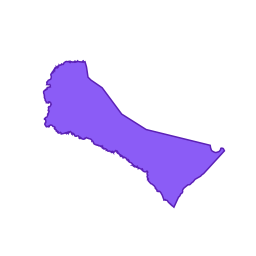 Mbadjini Est, Andjazîdja, Comoros, rotated 145°
{"feature_id": "10938185B84550121750878", "entity_name": "Mbadjini Est", "entity_type": "district", "adm_level": 2, "iso_a3": "COM", "parent_name": "Comoros", "parent_adm1": "Andjazîdja", "projection": "mercator", "projection_center": [43.472, -11.838], "detail": "fine", "context": "isolated", "style": "filled", "palette": "violet", "viewbox_px": 256, "rotation_deg": 145, "n_neighbors": 0, "source": "geoboundaries", "source_scale": "gbopen_adm2", "svg_char_len": 5922}
<svg xmlns="http://www.w3.org/2000/svg" viewBox="0 0 256 256"><g transform="rotate(145 128 128)"><path d="M70.6,66.7L114.0,116.3L125.2,143.0L126.1,175.8L130.9,188.6L131.6,192.6L127.0,201.8L125.2,207.0L126.7,207.5L127.1,207.9L126.7,208.3L127.2,208.3L127.0,208.6L127.7,208.5L128.5,209.0L129.6,210.0L130.0,210.2L130.6,211.2L131.3,211.3L131.4,211.5L131.2,211.8L132.0,211.7L132.5,212.0L132.7,212.4L133.0,211.9L133.2,212.0L133.1,212.5L133.7,212.5L133.6,213.0L134.1,212.8L134.2,213.1L134.4,213.1L134.8,213.4L135.2,213.4L135.2,213.7L136.0,214.1L136.1,214.5L137.0,215.3L137.2,215.1L137.2,215.7L137.7,215.5L137.9,216.1L138.3,215.7L138.5,216.4L140.0,217.4L140.2,217.8L141.0,218.1L142.8,218.1L143.3,218.0L143.9,217.5L144.7,217.3L145.0,217.8L145.6,218.2L145.7,218.5L146.0,218.4L146.1,218.0L146.3,218.1L146.6,218.1L146.7,218.3L147.5,218.3L148.2,218.9L148.5,218.8L148.5,219.0L148.8,218.7L149.4,218.9L149.9,218.4L150.2,218.5L150.6,217.8L151.2,217.7L151.7,218.3L151.2,218.8L151.8,218.8L151.8,219.1L152.1,218.7L152.3,219.0L153.0,219.2L153.8,218.9L153.5,218.4L154.7,218.2L155.1,217.6L155.1,217.2L155.3,217.0L155.3,217.6L154.9,218.6L155.3,218.1L156.3,217.8L157.1,217.3L157.8,217.3L158.2,216.9L157.1,216.9L157.2,216.7L157.7,216.8L158.0,216.4L158.9,216.8L159.2,216.5L159.6,216.5L160.4,216.2L160.8,215.7L161.1,214.5L162.2,213.1L163.4,212.3L165.9,212.8L167.3,212.2L167.8,212.3L168.6,211.7L168.6,211.1L169.7,210.2L169.1,209.9L168.8,209.4L168.3,209.0L167.1,208.5L167.2,207.4L167.7,206.9L168.0,206.2L168.6,206.6L169.0,206.8L169.4,206.6L170.0,207.1L170.7,207.0L170.7,207.4L170.9,207.5L171.8,206.9L172.1,206.2L172.6,206.2L173.2,206.8L174.0,206.3L174.4,206.7L175.9,206.4L175.9,206.2L176.4,206.0L177.0,205.1L177.7,202.7L178.2,202.4L178.5,201.4L179.1,200.9L179.4,199.0L180.0,198.1L179.9,196.1L180.4,195.6L178.7,194.0L178.3,194.0L177.9,194.3L177.9,194.8L177.2,194.4L176.9,193.1L177.3,191.4L177.8,191.4L178.2,190.9L179.7,190.3L180.5,190.9L181.4,190.6L181.5,190.0L182.4,188.9L183.4,188.0L182.9,187.1L185.2,185.5L185.7,185.6L185.9,185.5L185.8,184.9L187.8,183.6L188.5,183.5L189.2,183.8L191.1,183.5L191.4,183.0L190.7,182.4L191.4,180.7L192.4,179.5L193.2,179.6L194.1,178.6L194.2,176.0L193.9,175.6L193.6,175.7L192.8,175.1L192.4,175.1L192.2,174.3L191.7,174.3L191.2,175.0L189.5,174.8L188.6,173.6L188.6,172.3L187.7,171.5L187.4,170.6L187.6,170.2L188.0,170.4L188.6,169.9L188.5,168.6L187.9,168.2L188.1,167.1L188.5,166.9L188.5,166.5L188.0,166.6L187.4,165.2L188.1,164.8L188.1,164.2L187.9,163.8L186.9,163.2L186.5,163.0L185.9,163.2L185.7,162.8L185.8,162.0L186.1,161.4L183.6,160.3L181.5,159.8L181.4,159.6L181.6,159.4L181.2,159.3L181.3,158.8L180.7,159.1L180.6,158.5L180.0,158.6L180.0,158.1L179.6,158.6L179.5,158.0L179.0,158.0L179.0,158.3L178.6,158.3L178.4,158.6L178.2,158.3L177.9,158.4L177.1,158.1L177.2,157.1L176.9,156.5L177.3,156.2L177.1,155.6L177.4,155.2L176.9,155.0L176.3,155.3L176.0,155.0L176.3,154.6L176.0,154.7L175.6,153.5L175.9,153.1L176.0,151.6L174.9,150.8L174.4,150.9L173.2,150.0L173.0,148.3L173.1,148.2L173.3,148.5L173.8,148.0L173.7,147.2L173.1,146.8L172.3,147.3L171.9,145.4L170.7,144.2L169.7,143.9L169.4,143.9L169.3,144.3L168.9,144.3L168.4,143.9L167.5,144.0L167.0,142.9L166.3,142.2L166.3,141.9L164.9,140.3L164.6,138.5L165.0,138.0L164.6,138.0L164.4,137.7L164.5,136.7L164.6,135.6L164.8,135.6L164.9,134.3L164.3,133.3L163.8,133.0L163.9,132.6L163.5,132.1L163.0,131.4L162.7,131.4L162.7,131.2L162.0,130.6L162.1,130.1L161.7,129.9L161.3,129.3L160.8,129.0L161.0,128.6L160.8,128.4L160.4,128.5L160.3,127.8L159.9,127.9L160.2,127.4L159.7,127.3L160.0,127.0L160.0,126.4L160.2,126.2L159.9,126.1L159.9,125.7L159.5,125.4L159.9,124.9L159.6,124.6L159.3,125.0L159.4,124.4L158.3,123.9L158.0,122.8L158.6,122.2L157.8,121.8L158.0,121.5L157.6,120.4L156.4,119.8L156.1,119.3L156.1,118.8L155.2,118.5L155.0,118.0L155.5,117.4L155.4,117.3L154.5,117.4L154.6,116.9L154.3,116.6L154.0,116.6L154.0,116.4L153.7,116.9L153.6,116.4L152.6,116.1L152.0,116.3L151.7,116.6L151.2,116.5L151.0,116.1L150.8,116.3L150.5,115.7L150.1,115.3L150.1,114.8L150.9,114.3L150.4,114.0L150.7,113.5L150.4,113.5L150.4,113.1L150.2,112.8L150.4,112.3L150.1,112.1L150.1,111.5L150.2,110.2L149.8,110.2L150.2,109.4L149.5,109.5L149.6,108.9L149.1,108.9L148.8,108.2L148.9,107.8L149.2,107.8L149.1,107.4L148.7,107.4L148.7,107.1L148.6,106.6L149.0,106.3L148.5,106.0L148.1,106.4L147.7,106.1L147.7,105.9L147.3,105.4L146.9,104.5L147.1,103.2L146.9,102.9L147.0,102.5L146.3,102.5L146.0,102.2L145.9,101.2L146.5,101.2L146.4,100.8L146.7,100.9L146.7,100.4L146.5,99.7L146.2,98.9L145.3,97.6L145.0,96.3L145.0,95.8L145.4,95.8L145.0,95.6L144.9,95.2L145.6,95.2L145.3,95.0L145.2,94.5L145.4,94.3L145.2,94.1L145.3,93.6L144.5,93.4L144.9,92.5L144.1,92.2L144.4,91.9L144.0,92.1L143.9,91.6L143.1,91.4L143.3,91.3L143.0,91.0L143.2,90.8L142.7,90.5L142.9,90.2L142.5,89.8L142.6,89.6L142.3,89.2L142.7,88.8L141.8,88.6L140.8,86.7L140.1,86.5L140.4,86.0L139.8,86.0L139.8,85.7L140.4,85.1L140.4,84.6L140.3,84.0L139.7,82.8L138.5,81.8L137.4,81.9L137.0,81.5L137.2,80.5L138.2,80.1L138.6,79.6L138.6,79.0L138.9,78.8L138.8,78.5L139.1,77.8L139.6,77.8L140.2,77.3L140.2,76.9L140.4,76.8L140.4,76.1L140.8,75.7L140.8,74.9L141.1,74.7L140.8,74.6L141.3,74.2L141.1,73.9L141.5,73.6L141.6,72.9L141.2,69.4L140.5,68.3L139.7,65.5L139.8,63.2L140.0,63.0L139.8,62.9L140.1,62.0L139.8,60.9L140.4,59.7L140.1,59.4L139.9,58.8L139.2,58.6L139.2,58.3L138.4,57.9L138.2,56.4L138.5,53.3L139.7,48.9L139.5,48.7L139.8,48.4L139.3,48.2L139.0,47.7L138.6,47.8L138.6,47.4L137.7,46.5L137.4,45.8L137.5,43.8L137.0,42.0L137.0,41.2L136.7,41.1L136.7,39.9L136.4,39.4L136.5,39.1L136.1,38.2L135.8,36.8L126.1,42.5L125.3,42.4L124.3,42.8L122.6,43.8L121.3,43.7L120.6,43.9L119.8,44.4L119.3,45.5L118.2,46.2L116.6,46.7L111.6,47.1L110.0,46.2L109.4,46.2L106.9,46.6L105.5,46.6L102.5,47.5L96.2,46.9L94.4,47.3L92.2,47.3L62.1,54.0L61.8,56.1L61.9,56.8L62.5,57.5L63.2,58.0L63.5,58.1L63.9,57.9L64.7,57.1L66.5,56.5L67.4,56.6L70.0,57.4L70.9,58.3L72.2,60.7L72.4,62.0L71.7,64.4L70.6,66.7Z" fill="#8b5cf6" stroke="#5b21b6" stroke-width="1.5"/></g></svg>